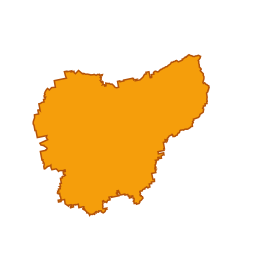 outline of Lockyer Valley, Queensland, Australia, rotated 250°
{"feature_id": "25037944B69715811070998", "entity_name": "Lockyer Valley", "entity_type": "district", "adm_level": 2, "iso_a3": "AUS", "parent_name": "Australia", "parent_adm1": "Queensland", "projection": "natural_earth1", "projection_center": [152.214, -27.681], "detail": "fine", "context": "isolated", "style": "filled", "palette": "amber", "viewbox_px": 256, "rotation_deg": 250, "n_neighbors": 0, "source": "geoboundaries", "source_scale": "gbopen_adm2", "svg_char_len": 5753}
<svg xmlns="http://www.w3.org/2000/svg" viewBox="0 0 256 256"><g transform="rotate(250 128 128)"><path d="M201.0,94.5L201.7,89.9L202.3,90.0L202.7,87.5L198.4,87.1L195.9,87.2L197.7,74.9L191.1,73.7L192.1,70.0L190.6,67.1L192.7,65.9L192.0,64.6L190.6,62.8L188.7,61.2L187.8,61.5L186.9,60.1L185.4,59.9L185.2,61.1L183.5,59.8L183.7,58.4L181.2,58.0L181.5,55.9L181.0,54.1L181.2,52.5L174.3,51.4L175.4,50.8L175.6,49.4L171.8,48.8L172.4,44.6L169.5,43.7L166.6,41.3L165.0,40.5L163.6,40.3L162.8,40.6L157.4,39.7L157.1,40.6L150.0,39.5L148.6,49.1L147.1,47.9L144.5,48.5L143.8,40.0L141.7,40.4L141.3,41.3L140.6,42.2L140.5,42.9L140.1,42.8L137.5,44.8L136.4,45.0L135.4,43.8L135.6,43.3L135.2,42.8L135.9,37.6L127.3,36.2L127.2,36.7L127.0,36.4L125.6,36.9L124.8,36.8L124.2,36.3L124.0,37.0L123.4,37.0L122.4,36.8L120.6,35.7L118.3,35.3L118.0,35.8L118.9,38.5L119.4,38.9L119.1,41.8L119.5,42.8L117.2,42.1L114.8,42.2L114.2,46.5L112.3,47.5L111.0,47.8L111.3,49.3L110.2,52.3L109.9,53.8L110.3,53.9L110.2,54.5L108.7,54.3L108.5,53.7L108.9,52.9L108.8,52.0L106.6,51.6L106.0,52.8L104.9,52.9L105.0,52.3L104.6,51.6L104.9,50.1L104.8,49.5L103.6,49.3L103.8,47.3L98.9,46.5L99.1,45.1L96.2,44.6L96.3,43.5L95.6,43.9L94.1,43.6L94.4,41.8L92.5,41.4L92.7,40.3L91.1,40.0L91.5,39.0L91.0,39.5L90.0,39.9L89.8,40.6L89.9,41.4L86.7,40.8L86.4,41.1L83.5,40.6L84.0,37.7L82.2,37.4L81.8,39.9L83.0,40.7L82.5,43.9L78.3,43.0L75.5,45.0L75.8,45.0L75.4,48.4L74.9,48.7L73.1,47.3L73.6,47.0L72.7,46.8L72.5,49.8L74.4,50.1L74.1,52.2L73.7,52.2L73.4,55.2L69.9,54.6L69.3,59.3L69.1,59.6L68.4,59.2L67.5,59.3L67.7,58.0L67.3,57.8L66.0,58.9L66.2,59.5L64.9,59.7L63.2,60.6L62.4,60.2L62.1,60.5L62.0,61.3L61.1,61.9L59.0,62.1L59.8,63.1L58.9,65.0L59.2,65.9L58.3,67.0L58.5,67.3L59.4,67.3L59.6,68.2L59.2,68.9L60.2,68.9L60.4,69.6L59.6,70.3L59.0,71.5L59.2,71.8L60.1,72.3L59.6,73.0L59.6,73.9L59.2,74.6L58.9,74.7L58.3,74.3L56.7,75.6L57.1,77.2L57.7,78.2L58.4,78.8L59.2,78.9L59.0,80.4L59.6,80.2L60.0,80.6L60.6,76.9L62.2,77.1L63.0,77.7L64.7,77.9L65.8,78.8L67.0,79.0L67.1,79.3L67.9,79.1L68.1,80.2L66.1,80.8L66.3,81.7L65.3,82.5L67.0,84.1L66.6,86.5L67.7,86.9L68.1,86.4L69.5,86.4L69.1,89.2L68.5,89.0L67.4,96.5L67.6,96.6L68.9,95.4L70.4,94.7L70.8,94.9L70.1,95.8L70.9,95.9L70.8,96.3L71.3,96.4L71.4,96.0L72.7,96.2L72.5,97.6L71.4,97.5L70.3,97.9L69.8,97.7L67.6,98.1L67.0,102.4L66.0,102.2L65.6,105.0L63.9,105.0L63.8,105.7L61.7,105.4L61.5,107.3L62.9,107.5L62.6,109.2L59.9,108.7L59.7,109.6L58.1,109.1L57.4,107.9L56.9,108.1L56.9,108.4L54.9,108.0L54.6,110.1L53.5,109.9L53.3,112.6L54.2,113.7L55.1,113.9L55.6,115.7L57.0,118.1L58.5,118.1L59.2,117.1L59.9,117.3L60.3,116.4L61.1,116.4L62.2,117.3L62.9,117.4L63.8,117.1L64.2,117.3L64.5,117.8L64.0,119.6L65.0,120.7L65.2,121.3L65.0,122.9L65.6,123.0L66.3,125.5L65.0,126.0L64.9,126.6L65.2,127.4L65.1,128.4L68.1,128.8L67.7,131.2L69.2,131.5L68.7,134.6L70.9,135.3L71.1,133.8L77.2,134.7L76.6,138.9L78.1,139.0L78.9,139.9L79.0,139.3L81.0,139.5L80.9,140.6L81.7,140.1L82.0,140.2L82.1,140.7L82.6,140.5L84.0,140.8L84.4,141.5L85.3,142.2L85.9,142.1L86.2,142.8L86.9,142.9L87.4,143.6L88.2,143.0L87.8,145.6L90.1,146.0L89.9,147.2L88.6,146.9L88.2,149.1L90.2,149.4L90.8,151.7L90.4,152.6L92.5,153.0L93.3,147.7L95.5,148.1L94.6,154.2L96.2,154.5L96.0,155.1L102.4,156.3L102.1,158.4L104.4,158.8L104.0,159.6L104.0,160.4L102.1,160.0L102.5,160.5L103.0,160.6L103.5,161.3L105.0,161.7L105.5,162.9L106.2,163.6L106.5,164.8L106.5,166.4L107.0,167.2L106.5,167.5L104.6,167.4L104.6,168.0L104.2,168.3L104.1,169.5L104.6,170.5L104.5,171.8L105.9,173.0L106.1,174.7L107.6,175.8L108.0,176.5L107.5,178.8L107.0,179.6L107.4,180.6L107.1,182.4L106.8,182.6L106.5,183.8L107.2,186.8L107.8,187.9L107.5,189.1L110.0,189.8L110.8,191.2L112.0,190.9L112.7,192.4L113.9,192.5L113.8,197.8L114.6,199.3L116.2,200.3L117.1,204.0L119.9,205.6L121.0,204.9L122.1,206.3L122.8,206.4L122.5,208.2L124.3,208.6L124.0,210.6L125.7,210.9L126.0,211.6L128.0,211.9L129.9,212.9L133.4,213.6L134.2,214.0L134.8,215.5L135.8,215.8L136.3,216.7L136.7,216.6L137.6,217.5L138.1,217.5L138.2,218.0L140.0,218.3L141.0,217.2L141.9,217.0L142.4,216.1L144.3,215.5L144.1,214.1L145.3,214.0L148.2,216.1L150.2,216.9L151.7,216.7L153.2,217.3L157.1,215.5L158.2,216.9L158.6,216.9L158.8,216.5L159.5,216.6L160.7,215.9L163.3,216.6L164.8,216.6L166.1,217.2L167.3,217.0L169.0,219.6L170.5,220.7L171.1,219.9L171.7,219.6L172.3,218.9L172.2,217.6L172.6,215.9L172.4,214.9L173.2,213.2L174.0,212.8L174.8,211.4L176.0,210.4L175.7,209.1L175.3,208.6L175.2,207.5L174.6,207.1L175.1,206.1L174.7,205.9L174.6,204.8L174.1,203.7L174.2,202.5L173.3,202.4L173.2,202.0L172.9,198.2L173.1,197.8L174.8,196.8L174.9,195.8L174.5,195.1L174.8,193.8L174.5,192.4L174.9,191.2L173.7,189.8L173.3,188.5L173.2,187.4L172.3,186.0L172.6,184.1L172.1,182.9L172.2,181.2L171.7,179.9L171.8,179.1L171.6,179.1L171.5,177.7L170.5,176.0L170.6,174.8L171.7,173.7L172.1,172.9L171.5,171.0L169.8,170.7L170.2,168.2L168.0,167.8L168.0,167.5L167.4,167.4L167.6,166.3L168.2,166.4L168.2,166.1L173.7,166.9L174.2,163.9L172.6,163.7L172.8,161.9L170.7,159.5L169.1,155.7L169.8,151.6L170.7,152.9L171.2,149.8L172.6,150.1L172.8,149.1L173.2,149.2L174.5,140.3L173.7,140.2L174.2,136.3L175.1,136.4L175.4,134.1L169.5,133.1L169.7,131.0L170.7,129.7L172.7,129.1L174.8,128.0L175.0,126.7L176.4,125.6L176.5,124.7L177.8,122.5L175.2,121.8L175.3,120.5L176.7,120.6L177.2,119.8L177.3,118.9L177.8,119.6L179.9,120.3L180.5,119.9L179.8,119.1L179.8,118.7L180.9,118.4L181.5,118.7L182.2,118.2L182.7,119.3L183.6,119.5L184.4,120.1L184.7,119.9L184.8,119.3L185.2,119.2L185.9,120.5L186.1,121.6L186.9,122.2L187.3,119.4L188.2,119.5L188.4,118.2L188.8,117.7L188.4,116.1L190.0,114.5L190.0,113.4L190.7,110.9L191.3,110.4L191.6,109.7L192.4,108.6L193.1,106.4L193.9,105.8L194.5,104.8L194.6,104.5L194.3,104.3L194.8,103.9L194.7,103.6L199.0,101.2L197.0,97.2L198.6,96.3L199.8,96.6L200.2,93.9L201.0,94.5Z" fill="#f59e0b" stroke="#b45309" stroke-width="1.5"/></g></svg>